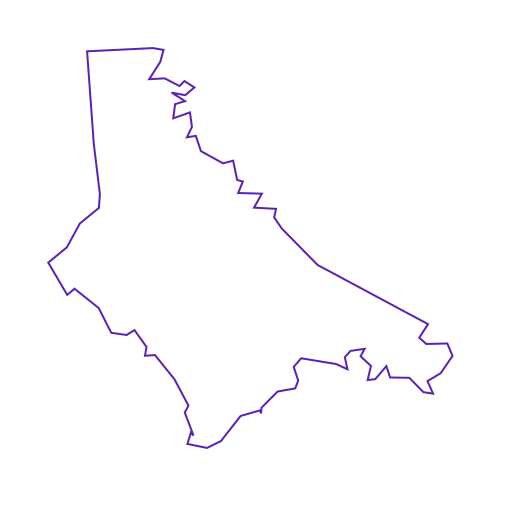 Nelson, Kentucky, United States of America, rotated 276°
{"feature_id": "52423323B13152502054342", "entity_name": "Nelson", "entity_type": "district", "adm_level": 2, "iso_a3": "USA", "parent_name": "United States of America", "parent_adm1": "Kentucky", "projection": "equal_earth", "projection_center": [-85.473, 37.757], "detail": "fine", "context": "isolated", "style": "outline", "palette": "violet", "viewbox_px": 512, "rotation_deg": 276, "n_neighbors": 0, "source": "geoboundaries", "source_scale": "gbopen_adm2", "svg_char_len": 1158}
<svg xmlns="http://www.w3.org/2000/svg" viewBox="0 0 512 512"><g transform="rotate(276 256 256)"><path d="M452.0,131.8L441.9,66.6L350.4,83.0L301.1,94.3L287.4,94.7L269.9,77.4L244.9,67.0L227.7,50.1L197.6,72.3L204.5,78.9L187.8,105.0L164.5,120.1L163.9,135.5L169.6,142.9L154.1,156.6L145.2,156.0L146.9,165.9L124.9,187.8L100.1,204.5L92.9,201.5L70.9,212.6L73.5,209.7L61.9,207.4L60.0,227.3L68.3,240.5L95.3,257.4L102.9,276.2L100.0,277.4L105.8,277.4L123.5,291.7L128.4,308.8L136.5,311.0L149.7,305.1L159.0,311.6L156.9,347.1L152.9,358.8L164.6,354.9L171.5,359.9L175.0,373.7L167.2,370.5L158.7,381.8L144.3,380.0L146.0,387.5L160.1,397.2L149.2,402.1L150.9,421.2L138.1,436.7L137.6,446.5L149.5,439.6L158.7,451.9L177.2,461.9L189.0,455.4L186.3,434.5L191.8,426.9L206.2,434.2L253.5,318.2L286.0,278.8L296.3,270.0L305.0,271.0L303.9,249.0L318.6,255.3L316.8,231.7L328.7,235.1L329.7,229.3L348.4,223.3L344.7,213.5L354.5,190.3L369.2,183.6L366.8,174.9L377.7,178.8L391.9,175.3L384.3,159.3L398.6,159.7L402.6,169.2L409.7,155.0L408.5,168.7L417.2,177.1L422.5,166.5L417.0,162.2L423.1,146.7L420.7,131.3L439.1,140.5L451.3,142.5L452.0,131.8Z" fill="none" stroke="#5b21b6" stroke-width="2"/></g></svg>